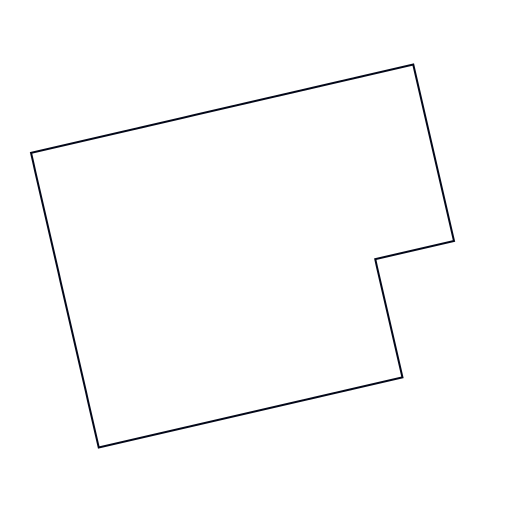 Utah, Mercator projection, rotated 77°
{"feature_id": "USA-3526", "entity_name": "Utah", "entity_type": "State", "adm_level": 1, "iso_a3": "USA", "parent_name": "United States of America", "parent_adm1": "", "projection": "mercator", "projection_center": [-111.421, 39.5], "detail": "fine", "context": "isolated", "style": "outline", "palette": "ink", "viewbox_px": 512, "rotation_deg": 77, "n_neighbors": 0, "source": "natural_earth", "source_scale": "10m", "svg_char_len": 1877}
<svg xmlns="http://www.w3.org/2000/svg" viewBox="0 0 512 512"><g transform="rotate(77 256 256)"><path d="M285.9,59.7L285.9,64.8L285.9,69.9L285.9,75.0L285.9,80.0L285.9,85.1L285.9,90.2L285.9,95.2L285.9,100.3L285.9,105.3L285.9,110.4L285.9,115.4L285.9,120.5L285.9,125.5L285.9,130.5L285.9,135.5L285.9,140.5L293.5,140.6L301.1,140.6L308.7,140.6L316.3,140.6L323.8,140.6L331.4,140.6L339.0,140.6L346.6,140.6L354.2,140.6L361.7,140.6L369.3,140.6L376.9,140.6L384.5,140.6L392.1,140.6L399.6,140.6L407.2,140.6L407.2,150.6L407.2,160.6L407.2,170.6L407.2,180.5L407.2,190.5L407.2,200.4L407.2,210.3L407.2,220.2L407.2,230.0L407.2,239.9L407.2,249.7L407.2,259.5L407.2,269.3L407.2,279.1L407.2,288.9L407.2,298.6L407.2,308.4L407.2,318.1L407.2,327.8L407.2,337.4L407.2,347.1L407.2,356.7L407.2,366.4L407.2,376.0L407.2,385.6L407.2,395.2L407.2,404.7L407.2,414.3L407.2,423.8L407.2,433.3L407.2,442.8L407.2,452.3L397.8,452.3L388.3,452.3L378.9,452.3L369.4,452.3L360.0,452.3L350.5,452.2L341.1,452.2L331.6,452.2L322.2,452.2L312.7,452.2L303.3,452.2L293.8,452.2L284.4,452.2L275.0,452.2L265.5,452.2L256.1,452.2L246.6,452.2L237.2,452.2L227.7,452.1L218.3,452.1L208.8,452.1L199.4,452.1L189.9,452.1L180.5,452.1L171.0,452.1L161.6,452.1L152.1,452.1L142.7,452.1L133.3,452.1L123.8,452.1L114.4,452.0L104.9,452.0L104.9,440.2L104.9,428.3L104.9,416.4L104.9,404.5L104.9,392.5L104.9,380.6L104.9,368.6L104.9,356.6L104.9,344.5L104.9,332.4L104.9,320.3L104.9,308.2L104.9,296.0L104.8,283.9L104.8,271.6L104.8,259.4L104.8,247.1L104.8,234.8L104.8,222.5L104.8,210.2L104.8,197.8L104.8,185.4L104.8,173.0L104.8,160.5L104.8,148.0L104.8,135.5L104.8,122.9L104.8,110.3L104.8,97.7L104.8,85.1L104.8,72.4L104.8,59.7L116.1,59.7L127.4,59.7L138.7,59.7L150.1,59.7L161.4,59.7L172.7,59.7L184.0,59.7L195.3,59.7L206.7,59.7L218.0,59.7L229.3,59.7L240.6,59.7L252.0,59.7L263.3,59.7L274.6,59.7L285.9,59.7Z" fill="none" stroke="#020617" stroke-width="2"/></g></svg>